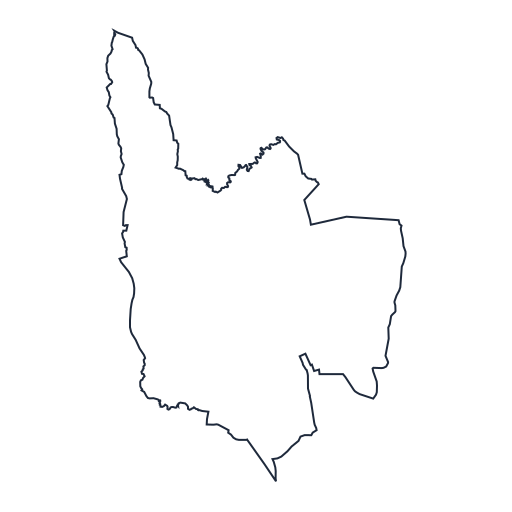 the district of Chaloem Phra Kiat, Nakhon Ratchasima, Thailand
{"feature_id": "78962969B71200223173278", "entity_name": "Chaloem Phra Kiat", "entity_type": "district", "adm_level": 2, "iso_a3": "THA", "parent_name": "Thailand", "parent_adm1": "Nakhon Ratchasima", "projection": "robinson", "projection_center": [102.265, 14.994], "detail": "fine", "context": "isolated", "style": "outline", "palette": "slate", "viewbox_px": 512, "rotation_deg": 0, "n_neighbors": 0, "source": "geoboundaries", "source_scale": "gbopen_adm2", "svg_char_len": 6067}
<svg xmlns="http://www.w3.org/2000/svg" viewBox="0 0 512 512"><path d="M281.8,137.3L280.5,138.0L277.7,137.1L276.5,138.0L276.8,139.5L279.0,140.0L280.0,140.8L280.1,141.9L279.8,142.4L277.9,142.8L275.9,144.3L274.7,144.1L273.3,144.9L271.1,144.2L269.8,144.6L269.5,145.8L270.6,147.8L270.6,148.5L270.1,149.0L269.0,148.8L267.0,147.3L266.3,147.5L265.1,149.2L264.5,149.4L263.0,149.4L261.4,147.8L260.7,148.1L260.5,148.8L261.4,150.8L263.5,152.5L263.5,153.7L262.5,154.6L260.7,153.4L260.1,153.7L260.8,156.2L260.7,157.9L259.9,158.0L257.1,156.9L255.6,157.3L255.8,158.4L257.7,162.0L257.2,163.3L256.2,163.4L255.4,162.6L254.5,162.5L252.7,163.9L249.3,164.0L249.4,164.9L251.1,166.1L251.6,167.5L249.4,168.9L248.6,171.1L247.6,171.0L246.8,169.8L247.4,167.0L246.2,165.0L245.6,165.1L244.9,166.2L243.6,167.4L242.0,167.9L240.1,165.0L238.5,164.8L238.4,166.1L239.5,167.7L239.5,168.5L237.9,170.0L237.1,171.4L235.3,172.9L235.1,174.9L234.7,175.1L231.5,175.0L229.3,175.5L228.3,176.3L228.3,177.5L229.4,178.4L229.3,180.0L230.7,181.2L230.8,181.8L230.2,182.4L228.2,182.2L227.1,183.0L227.1,184.3L228.1,186.1L227.8,187.0L227.1,187.2L225.2,186.8L223.8,188.0L222.1,187.8L221.2,188.7L221.2,189.8L220.5,190.6L217.5,192.5L215.8,191.6L215.1,192.0L212.7,190.9L212.8,188.4L211.9,187.6L212.6,186.9L212.5,186.6L210.5,187.3L210.3,186.9L210.9,186.2L209.9,186.0L209.1,186.7L208.7,186.3L209.2,185.5L209.0,185.0L207.8,185.2L208.4,183.5L207.0,184.0L207.3,183.1L206.5,182.6L206.8,182.1L208.2,181.7L208.0,181.2L207.3,181.7L207.0,181.3L208.3,180.2L208.1,179.9L206.8,180.8L205.8,180.8L205.0,181.7L204.5,181.5L204.5,180.6L205.5,180.0L206.1,178.8L205.9,178.5L203.6,179.8L203.2,179.7L203.2,179.0L202.7,178.6L202.2,179.1L198.2,180.0L196.5,179.1L195.4,179.2L194.5,178.2L192.1,178.5L191.5,179.5L191.0,179.1L191.2,178.4L190.3,178.2L190.0,179.8L189.5,179.6L189.6,178.6L188.8,178.9L187.5,178.5L186.8,177.1L186.7,175.7L185.6,175.3L185.3,171.2L184.2,171.0L183.3,170.2L179.9,168.6L179.0,168.8L175.6,167.6L177.2,165.1L177.2,162.4L177.7,160.2L177.8,156.7L177.3,154.1L177.9,151.2L177.7,149.6L178.2,148.6L178.3,143.8L177.2,142.7L176.6,140.5L173.6,140.2L173.2,134.1L171.5,127.4L170.5,125.1L169.1,115.6L167.2,113.6L166.3,112.0L165.0,111.5L161.5,108.8L159.9,108.3L159.7,104.9L154.8,104.5L153.7,102.3L153.1,98.0L152.1,97.5L149.8,97.7L149.4,97.3L149.4,91.3L149.8,88.5L151.2,83.8L151.3,81.9L148.6,75.7L148.8,73.0L148.0,69.6L148.1,67.8L145.7,63.9L144.6,59.4L142.4,54.5L139.1,50.3L138.2,49.9L137.9,48.5L136.5,47.6L136.0,47.6L135.5,45.1L132.8,40.9L132.1,37.7L118.1,32.8L114.2,30.7L114.8,31.7L114.2,32.7L114.2,34.3L115.0,33.9L115.3,34.2L114.8,35.8L113.7,36.6L112.8,39.4L112.2,42.0L111.8,42.7L111.4,45.7L112.6,49.2L111.8,50.1L111.5,51.6L110.5,53.5L108.2,55.7L107.4,58.1L107.5,61.5L106.4,64.2L106.9,70.5L106.5,71.7L108.1,74.7L108.9,78.2L109.9,79.3L110.8,79.7L112.0,81.3L112.2,82.3L111.0,84.0L110.2,84.0L106.7,87.5L107.5,90.2L108.8,92.2L109.4,95.6L110.4,97.2L109.9,98.2L108.3,104.9L107.4,106.1L111.3,112.2L111.5,113.5L112.7,114.6L113.6,117.5L114.5,118.0L114.9,123.6L116.6,128.8L116.8,134.3L117.3,136.3L118.9,139.2L118.4,143.5L118.8,144.7L120.5,146.8L121.2,148.3L120.9,151.2L121.6,154.0L120.8,156.2L120.7,157.5L122.3,162.3L123.8,164.8L123.3,167.1L121.8,170.8L121.4,174.2L119.5,174.8L120.0,178.7L122.1,187.8L122.0,188.8L126.2,196.1L126.9,199.0L123.6,212.0L123.1,225.2L124.8,225.9L125.9,225.1L127.6,225.1L126.3,230.7L123.3,230.7L123.1,231.9L122.1,233.4L122.8,237.4L124.9,241.9L124.6,243.4L125.3,247.2L126.6,247.7L126.7,249.9L126.2,250.8L126.8,256.3L119.5,258.7L121.1,262.2L128.9,272.0L132.2,278.2L133.7,283.7L134.3,288.2L134.1,293.4L133.5,297.1L132.4,299.7L131.6,303.2L130.7,309.0L130.0,320.3L130.0,327.3L131.1,331.9L132.0,334.0L135.7,339.9L139.6,348.5L143.9,354.9L144.9,357.4L145.1,358.2L143.7,360.0L144.1,362.7L144.7,363.7L144.7,365.2L143.4,366.4L143.6,368.6L142.7,369.4L142.7,370.4L141.4,371.7L142.0,373.8L143.5,374.0L144.6,376.3L143.1,377.9L142.4,379.7L140.9,380.3L140.2,381.9L140.3,386.3L141.1,388.0L142.2,389.3L141.5,390.4L144.2,391.9L146.4,396.1L147.9,398.0L149.6,398.4L153.5,398.2L157.8,399.4L159.2,400.3L158.8,401.1L159.1,401.5L159.7,400.4L160.2,400.4L160.3,401.0L159.8,401.4L159.9,403.0L159.6,403.5L160.1,403.9L159.8,404.8L160.5,405.2L160.5,406.7L162.2,406.9L163.9,406.1L165.1,404.6L167.2,405.9L167.6,406.9L167.4,408.9L168.4,409.6L169.5,409.2L170.6,407.5L171.3,407.1L173.0,407.0L175.3,407.7L176.4,407.5L177.2,405.5L177.6,405.4L178.1,406.0L177.9,404.4L178.5,404.2L178.7,403.3L180.3,402.6L185.2,403.4L187.2,405.4L188.0,406.7L188.0,408.8L189.5,409.8L190.9,409.3L191.4,408.7L192.8,408.3L193.9,407.3L196.1,409.0L197.8,409.2L198.1,410.1L198.7,410.3L199.3,410.1L202.2,411.0L208.4,411.7L207.0,419.1L206.7,424.5L213.5,424.7L216.7,424.3L218.3,424.7L228.6,430.2L228.2,432.7L231.0,434.6L233.4,437.7L236.1,439.3L239.0,439.9L246.8,439.9L247.1,439.6L264.3,463.9L276.0,481.3L275.6,478.4L275.7,471.0L275.3,467.4L273.8,462.0L272.5,459.1L277.4,458.4L281.3,456.6L287.6,451.1L291.6,446.5L298.5,440.9L300.5,436.6L304.7,435.1L311.3,435.2L312.7,432.6L316.6,430.2L316.2,428.0L314.7,424.8L314.2,422.6L311.2,402.8L309.8,396.4L310.0,396.0L308.0,388.6L307.9,375.4L307.6,373.5L306.7,370.0L306.0,369.6L303.0,364.8L302.6,362.9L299.7,356.3L305.4,353.7L310.6,365.2L311.9,364.6L314.1,371.0L319.0,369.6L319.5,374.1L343.0,374.1L345.4,377.1L353.8,389.9L355.0,391.3L357.1,392.7L359.6,394.1L373.2,398.6L376.0,394.7L376.8,392.2L377.0,385.7L376.7,381.5L373.2,371.5L372.6,368.5L373.4,367.8L381.7,368.1L383.6,367.8L386.2,366.5L388.0,363.1L388.1,362.1L385.5,355.8L388.7,338.7L388.3,327.5L389.8,324.2L391.1,316.1L392.3,314.6L395.0,312.1L395.5,311.1L395.3,305.4L394.5,302.6L394.5,301.4L396.6,295.4L399.2,290.6L400.3,287.2L401.8,266.5L403.3,263.2L405.3,256.5L405.6,253.7L405.5,251.6L403.5,246.1L402.7,238.3L401.0,230.6L400.8,228.3L401.5,225.6L399.6,224.2L398.6,220.2L346.5,216.7L310.9,224.7L310.0,219.5L304.3,200.0L318.7,184.2L317.9,182.5L317.0,182.1L315.6,180.7L315.3,179.3L312.0,179.6L311.4,178.9L308.2,178.5L305.7,176.3L304.4,173.7L302.4,173.7L298.1,154.8L297.1,153.7L294.0,151.4L289.1,146.5L284.7,140.6L283.4,140.0L283.1,138.7L281.8,137.3Z" fill="none" stroke="#1e293b" stroke-width="2"/></svg>